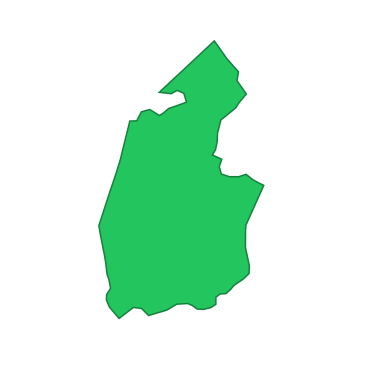 the district of Macaparana, Pernambuco, Brazil, rotated 206°
{"feature_id": "56859067B7304153063563", "entity_name": "Macaparana", "entity_type": "district", "adm_level": 2, "iso_a3": "BRA", "parent_name": "Brazil", "parent_adm1": "Pernambuco", "projection": "orthographic", "projection_center": [-35.455, -7.535], "detail": "fine", "context": "isolated", "style": "filled", "palette": "green", "viewbox_px": 384, "rotation_deg": 206, "n_neighbors": 0, "source": "geoboundaries", "source_scale": "gbopen_adm2", "svg_char_len": 1040}
<svg xmlns="http://www.w3.org/2000/svg" viewBox="0 0 384 384"><g transform="rotate(206 192 192)"><path d="M108.0,150.7L119.6,165.5L126.5,179.8L129.0,185.7L130.4,229.4L136.4,229.4L142.7,229.7L151.1,231.6L156.6,226.3L165.0,222.2L173.5,221.0L178.6,226.7L179.6,234.5L189.9,234.2L189.4,240.3L191.2,247.6L194.9,256.2L197.6,269.4L189.6,286.6L188.8,293.2L186.1,303.9L200.4,311.8L202.9,320.4L218.7,326.9L238.2,337.6L249.1,309.0L255.9,291.3L259.8,281.2L265.1,267.3L253.8,271.2L249.9,276.8L242.6,277.1L236.3,270.3L249.6,256.8L252.1,251.0L254.7,246.5L266.2,247.6L272.6,241.9L272.9,231.7L279.0,228.5L270.5,189.0L268.5,176.1L265.7,154.6L261.0,121.0L256.0,114.0L243.5,97.5L238.2,90.1L232.2,80.7L228.5,77.2L223.0,69.8L223.8,62.5L221.6,57.4L215.7,52.3L202.1,46.4L194.1,62.5L186.3,65.2L176.9,61.9L162.7,75.0L156.5,84.5L146.9,89.9L141.4,90.1L136.4,89.0L130.5,91.3L124.4,96.3L121.3,101.5L124.4,107.9L122.1,112.6L116.8,115.7L114.6,121.3L113.3,126.6L110.5,131.4L107.7,136.4L105.0,143.7L108.0,150.7Z" fill="#22c55e" stroke="#15803d" stroke-width="1.5"/></g></svg>